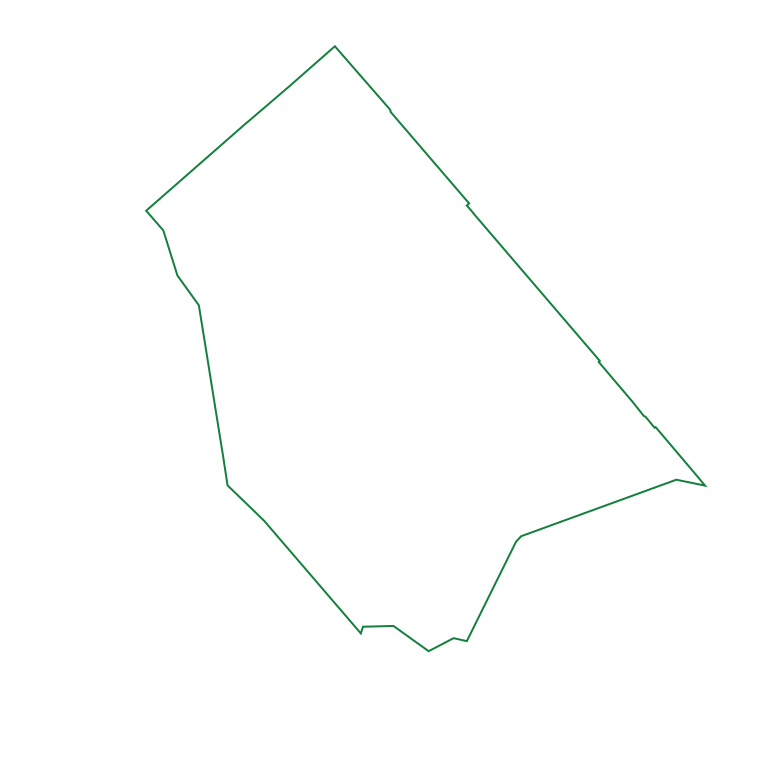 Preston, West Virginia, United States of America (Natural Earth projection), rotated 319°
{"feature_id": "52423323B40948344382012", "entity_name": "Preston", "entity_type": "district", "adm_level": 2, "iso_a3": "USA", "parent_name": "United States of America", "parent_adm1": "West Virginia", "projection": "natural_earth1", "projection_center": [-79.641, 39.458], "detail": "fine", "context": "isolated", "style": "outline", "palette": "green", "viewbox_px": 768, "rotation_deg": 319, "n_neighbors": 0, "source": "geoboundaries", "source_scale": "gbopen_adm2", "svg_char_len": 653}
<svg xmlns="http://www.w3.org/2000/svg" viewBox="0 0 768 768"><g transform="rotate(319 384 384)"><path d="M202.9,557.0L208.9,553.4L232.4,572.8L242.4,614.9L269.8,621.5L277.8,632.4L380.3,589.6L387.8,588.9L541.8,648.0L559.6,671.3L559.9,659.2L560.7,594.8L560.4,594.8L559.5,594.5L559.9,580.4L559.1,578.4L559.9,560.5L560.5,508.2L562.0,508.2L563.4,314.9L563.6,311.2L563.6,303.6L566.7,303.6L567.4,196.5L567.5,182.9L568.2,182.1L568.6,180.8L568.5,96.9L505.9,97.2L453.8,96.8L451.7,96.7L318.2,97.2L318.2,123.3L299.3,166.5L295.9,203.1L276.0,235.2L243.1,288.0L215.2,332.9L199.4,357.9L203.8,408.5L202.9,557.0Z" fill="none" stroke="#15803d" stroke-width="2"/></g></svg>